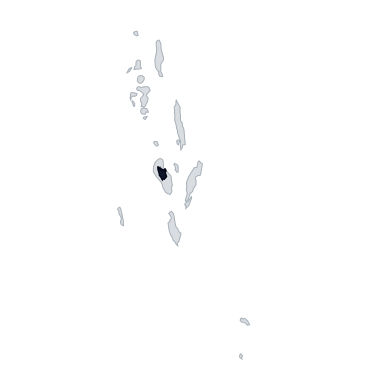 Central Guadalcanal, Guadalcanal, Solomon Islands shown in context, rotated 49°
{"feature_id": "97153195B29965366735238", "entity_name": "Central Guadalcanal", "entity_type": "district", "adm_level": 2, "iso_a3": "SLB", "parent_name": "Solomon Islands", "parent_adm1": "Guadalcanal", "projection": "orthographic", "projection_center": [159.997, -9.568], "detail": "fine", "context": "in_parent", "style": "filled", "palette": "ink", "viewbox_px": 384, "rotation_deg": 49, "n_neighbors": 0, "source": "geoboundaries", "source_scale": "gbopen_adm2", "svg_char_len": 5123}
<svg xmlns="http://www.w3.org/2000/svg" viewBox="0 0 384 384"><g transform="rotate(49 192 192)"><path d="M149.2,193.2L155.5,197.8L158.2,197.4L166.4,197.5L171.2,200.8L174.0,202.3L175.6,205.3L177.6,206.0L178.8,207.5L179.5,210.2L176.5,211.7L174.7,212.1L169.9,211.1L165.4,209.0L156.4,208.7L152.2,208.1L150.7,207.3L149.4,206.3L147.2,203.7L145.6,200.7L145.3,198.9L145.2,195.6L145.7,194.3L147.4,193.1L149.2,193.2ZM177.6,165.7L184.7,174.3L184.4,175.8L183.4,176.8L183.1,179.7L184.0,180.8L185.9,181.3L189.2,184.3L190.6,189.3L192.0,191.0L192.0,194.6L195.1,199.6L195.3,202.0L195.0,203.0L193.8,202.4L190.1,196.7L185.8,194.3L185.4,193.2L181.1,189.9L178.2,184.4L175.1,174.5L176.6,172.2L173.1,167.4L173.3,166.1L175.8,166.3L176.3,165.8L177.6,165.7ZM152.0,170.0L152.9,172.7L149.1,170.3L146.2,167.3L137.9,164.2L136.2,162.5L134.7,162.3L130.4,159.7L126.3,157.9L123.0,154.6L121.5,154.0L118.9,151.5L116.3,149.8L115.4,146.7L113.0,144.6L112.4,143.7L120.2,145.4L123.9,148.7L127.0,150.6L128.1,152.0L130.9,153.9L133.5,154.1L136.0,156.0L138.3,156.5L140.1,157.5L151.8,166.0L150.4,168.3L152.0,170.0ZM204.8,225.4L208.3,227.1L210.4,226.8L213.5,228.0L215.8,227.4L217.2,228.9L220.9,234.7L220.9,236.7L223.3,238.0L221.2,238.3L218.4,237.5L216.2,238.0L214.0,236.9L210.1,236.2L206.8,234.9L199.7,230.5L199.8,228.3L198.7,227.3L198.3,224.6L195.8,223.8L192.9,223.6L192.7,222.3L193.2,220.1L195.4,220.1L198.0,221.1L204.8,225.4ZM84.7,137.7L85.6,138.7L83.4,140.4L80.5,139.5L79.8,138.0L77.8,138.4L73.7,137.6L68.1,133.5L62.1,125.8L56.3,121.6L55.2,120.3L55.1,118.1L55.9,117.2L59.4,118.1L64.0,121.6L71.6,125.2L73.7,127.0L75.0,131.5L76.3,132.9L80.4,136.3L84.7,137.7ZM92.7,163.8L94.5,166.2L96.6,171.4L96.2,173.2L94.7,173.3L94.3,174.4L92.3,171.9L89.7,171.2L87.7,169.7L86.9,164.7L85.3,164.3L81.0,164.9L79.6,166.5L77.6,166.0L77.2,164.5L77.5,163.0L80.1,161.6L80.7,159.7L83.3,156.5L84.9,155.9L88.0,157.1L88.4,161.6L89.5,163.1L92.7,163.8ZM172.5,265.8L170.5,266.8L168.8,266.3L167.4,265.5L166.3,263.3L163.9,261.9L160.5,261.4L158.8,259.9L156.4,259.5L155.7,258.3L155.9,257.1L156.3,256.4L158.5,257.0L168.9,262.9L172.5,265.8ZM62.1,154.9L61.5,155.3L60.6,153.8L59.9,153.3L59.9,151.5L57.0,148.8L56.7,146.8L58.4,144.9L60.6,146.0L62.9,148.4L65.5,149.1L64.9,150.7L62.6,153.6L62.1,154.9ZM76.4,159.3L75.2,160.5L72.2,160.4L69.8,157.4L69.8,155.3L71.6,153.2L73.8,152.8L75.1,153.6L76.2,155.3L76.7,157.4L76.4,159.3ZM102.6,176.5L99.8,178.7L97.7,178.0L96.1,176.1L96.9,173.1L98.5,172.5L99.4,171.4L102.5,172.2L103.2,172.8L101.4,174.2L102.4,175.4L102.6,176.5ZM329.1,237.4L324.5,238.0L322.7,240.0L320.3,239.8L319.5,238.1L319.5,237.2L320.8,237.4L321.5,235.7L322.9,234.9L326.1,234.6L330.0,235.6L329.1,237.1L329.1,237.4ZM200.2,203.5L200.3,207.6L198.2,205.3L197.2,206.1L196.2,205.1L196.5,200.2L195.0,195.6L196.2,196.1L200.2,203.5ZM82.1,177.4L82.2,177.9L80.6,177.1L77.1,173.2L77.7,171.9L80.8,169.4L81.8,169.0L82.7,170.6L82.0,172.9L80.9,173.5L80.5,175.6L82.1,177.4ZM161.1,185.3L163.5,185.6L167.9,189.4L166.8,190.6L164.8,190.0L164.1,190.2L163.5,188.9L161.3,187.8L159.3,187.7L159.0,186.4L161.1,185.3ZM133.3,189.0L129.9,188.6L129.0,187.6L130.1,186.2L131.6,185.2L132.9,186.1L134.4,186.3L134.6,188.1L133.3,189.0ZM37.8,131.4L34.9,132.2L33.1,131.3L33.9,129.1L34.9,127.9L38.4,129.9L37.8,131.4ZM147.4,171.3L146.1,171.6L144.1,170.6L143.2,169.6L143.6,168.1L144.8,167.6L146.1,168.6L146.2,169.6L147.4,171.3ZM350.9,263.9L348.4,264.4L347.4,264.2L345.8,261.7L347.1,261.2L348.9,261.4L349.4,262.9L350.9,263.9ZM89.4,178.7L89.4,179.7L87.7,179.4L84.1,177.9L84.0,177.2L86.0,176.9L87.5,177.1L89.4,178.7ZM60.0,159.9L59.4,162.8L57.9,159.2L58.2,156.3L58.7,156.0L60.0,159.9ZM106.7,179.7L104.6,180.5L103.9,179.4L105.5,176.3L106.7,179.7Z" fill="#d9dde1" stroke="#a8b0b8" stroke-width="1"/><path d="M150.8,201.4L152.9,203.0L155.0,203.9L155.7,204.1L158.2,205.7L159.5,205.7L160.0,205.7L162.4,206.2L163.5,206.4L163.2,205.3L164.1,204.5L163.8,204.2L163.8,203.9L164.0,203.3L163.9,202.7L163.8,202.2L163.8,201.6L163.4,200.9L161.7,200.3L160.7,199.9L160.1,199.7L159.9,199.5L159.4,199.3L159.5,199.3L159.5,199.2L159.4,198.9L159.1,198.3L159.2,198.0L159.1,197.9L158.9,197.8L158.8,197.7L158.7,197.7L158.4,197.6L158.2,197.5L158.1,197.4L157.9,197.4L157.7,197.3L157.5,197.2L157.4,197.2L157.2,197.1L157.0,197.3L157.3,197.4L157.3,197.5L157.2,197.5L157.2,197.8L157.3,197.9L157.4,198.0L157.5,198.1L157.5,198.3L157.4,198.3L157.5,198.3L157.4,198.5L157.4,198.8L157.2,198.9L157.0,199.0L156.9,199.1L156.7,198.9L156.6,199.0L156.7,199.3L156.8,199.4L156.8,199.5L156.7,199.5L156.5,199.8L156.4,199.8L156.3,199.7L156.2,199.7L156.2,199.8L155.9,199.8L156.0,199.7L155.9,199.7L155.7,199.6L155.4,199.7L155.4,199.8L155.3,200.0L155.2,200.2L155.2,200.3L154.9,200.3L154.7,200.4L154.7,200.5L154.6,200.4L154.6,200.2L154.4,200.1L154.2,200.1L154.2,200.3L154.0,200.5L153.9,200.6L153.7,200.6L153.7,200.8L153.4,201.0L153.3,200.9L153.3,201.0L153.2,201.0L153.2,200.9L153.1,201.0L152.9,200.9L152.8,201.0L152.7,201.0L152.7,200.9L152.5,200.7L152.5,200.8L152.4,200.9L152.3,201.0L152.2,201.1L152.3,201.2L152.2,201.4L152.2,201.5L151.9,201.5L151.7,201.6L151.6,201.4L151.7,201.2L151.4,201.1L151.2,201.0L151.1,201.3L150.9,201.3L150.8,201.4Z" fill="#0f172a" stroke="#020617" stroke-width="1.5"/></g></svg>